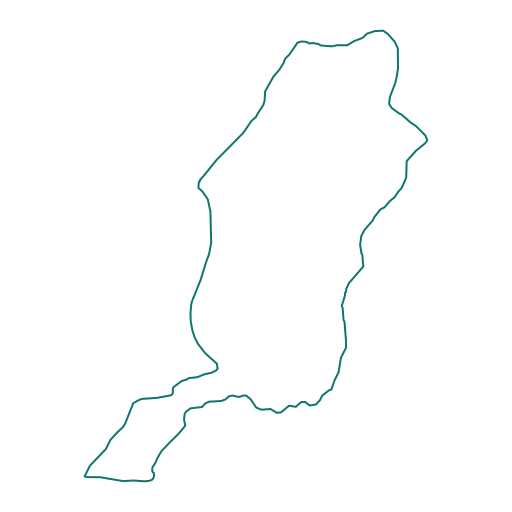 Santa Catarina Ixtahuacán, Sololá, Guatemala
{"feature_id": "79465075B97067153005308", "entity_name": "Santa Catarina Ixtahuacán", "entity_type": "district", "adm_level": 2, "iso_a3": "GTM", "parent_name": "Guatemala", "parent_adm1": "Sololá", "projection": "mercator", "projection_center": [-91.393, 14.713], "detail": "fine", "context": "isolated", "style": "outline", "palette": "teal", "viewbox_px": 512, "rotation_deg": 0, "n_neighbors": 0, "source": "geoboundaries", "source_scale": "gbopen_adm2", "svg_char_len": 2326}
<svg xmlns="http://www.w3.org/2000/svg" viewBox="0 0 512 512"><path d="M331.4,389.5L334.4,380.8L338.6,372.1L340.9,357.8L346.1,347.6L345.9,339.5L344.5,321.7L343.5,319.9L342.7,308.2L341.8,305.8L345.0,295.4L345.1,292.7L345.9,292.0L346.3,288.8L348.9,283.2L357.8,272.9L363.3,266.5L362.3,254.7L361.5,253.5L360.1,245.0L361.3,236.0L364.2,230.4L367.6,226.3L372.7,220.5L374.1,217.4L380.5,209.3L384.7,207.2L389.8,201.1L394.6,197.2L398.2,191.8L401.7,187.9L406.2,177.7L406.7,161.1L416.1,150.6L425.0,143.4L427.3,140.4L425.4,135.5L415.9,126.0L410.8,122.7L401.1,114.2L399.6,113.8L391.6,107.9L389.1,103.9L389.9,97.0L395.4,82.6L396.8,76.3L398.0,68.4L397.8,48.4L394.6,41.6L387.9,34.0L383.2,30.7L374.7,31.1L366.8,33.8L362.6,37.9L354.3,41.0L347.2,45.3L337.6,45.2L331.8,46.3L325.4,45.9L320.6,45.4L318.4,44.0L313.1,43.1L308.9,43.4L306.6,41.9L301.3,41.5L297.3,42.8L295.4,45.8L289.2,54.7L285.2,58.6L283.6,62.9L279.5,69.5L273.3,76.8L265.1,91.5L264.6,100.7L263.4,104.8L257.5,113.9L255.9,117.1L251.4,121.0L246.5,128.2L242.9,133.3L237.0,139.2L216.6,159.9L204.7,174.6L199.9,180.2L199.9,181.2L198.9,182.0L198.4,187.9L202.4,191.5L207.8,199.3L210.4,211.6L211.2,242.8L209.0,254.3L206.1,262.1L200.5,280.3L199.1,283.6L198.5,285.1L197.6,287.4L194.6,295.0L192.9,298.8L192.5,300.3L191.7,302.3L191.2,304.7L190.5,312.8L190.7,321.0L192.4,330.4L194.7,337.6L198.2,344.2L205.3,353.3L216.9,363.7L217.6,368.8L215.8,370.7L211.2,372.8L204.4,374.3L197.3,377.2L188.8,378.1L186.1,379.8L181.8,380.9L173.4,387.2L172.9,388.7L172.8,390.9L172.9,392.5L172.4,394.0L171.4,394.9L170.5,395.4L156.9,397.9L141.9,398.9L138.3,400.3L133.2,403.3L125.3,423.2L123.2,426.8L117.7,432.0L110.5,439.8L105.9,449.0L90.0,465.6L84.7,476.3L86.7,477.1L100.0,477.2L123.1,481.1L133.6,480.5L144.7,481.3L148.7,480.9L151.7,480.0L153.2,478.6L153.8,476.8L154.1,475.0L153.8,473.0L153.0,472.4L152.3,471.3L152.2,468.9L152.6,467.0L155.2,463.2L157.3,458.3L161.3,451.3L170.4,441.8L178.8,433.5L185.3,425.7L184.0,419.1L184.7,413.8L186.1,411.6L190.4,408.4L202.0,407.0L205.2,403.5L208.9,401.7L221.2,401.0L225.5,399.4L228.7,396.5L232.3,395.5L239.0,397.0L243.6,395.5L246.2,395.6L250.7,399.4L256.4,407.7L261.5,409.7L270.5,409.0L276.7,412.8L281.0,412.4L289.0,405.7L295.8,406.8L301.4,402.0L305.1,402.0L309.8,405.5L316.1,404.4L320.0,400.1L322.2,395.6L329.3,390.1L331.4,389.5Z" fill="none" stroke="#0f766e" stroke-width="2"/></svg>